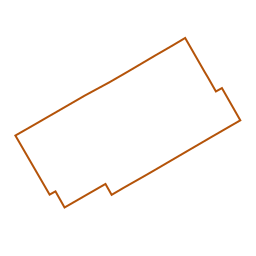 Lee, Mississippi, United States of America (Equal Earth projection), rotated 240°
{"feature_id": "52423323B67844258759837", "entity_name": "Lee", "entity_type": "district", "adm_level": 2, "iso_a3": "USA", "parent_name": "United States of America", "parent_adm1": "Mississippi", "projection": "equal_earth", "projection_center": [-88.697, 34.292], "detail": "fine", "context": "isolated", "style": "outline", "palette": "amber", "viewbox_px": 256, "rotation_deg": 240, "n_neighbors": 0, "source": "geoboundaries", "source_scale": "gbopen_adm2", "svg_char_len": 458}
<svg xmlns="http://www.w3.org/2000/svg" viewBox="0 0 256 256"><g transform="rotate(240 128 128)"><path d="M78.5,229.1L115.6,229.3L115.7,222.4L131.7,222.5L138.7,222.4L177.4,222.5L177.2,208.8L177.2,188.2L176.9,154.9L176.9,135.1L177.7,106.4L177.7,62.4L177.7,47.1L177.8,26.7L109.5,26.8L109.4,33.5L90.9,33.3L90.8,80.5L78.3,80.4L78.4,94.0L78.2,120.3L78.2,127.1L78.4,167.9L78.5,195.1L78.5,208.9L78.5,229.1Z" fill="none" stroke="#b45309" stroke-width="2"/></g></svg>